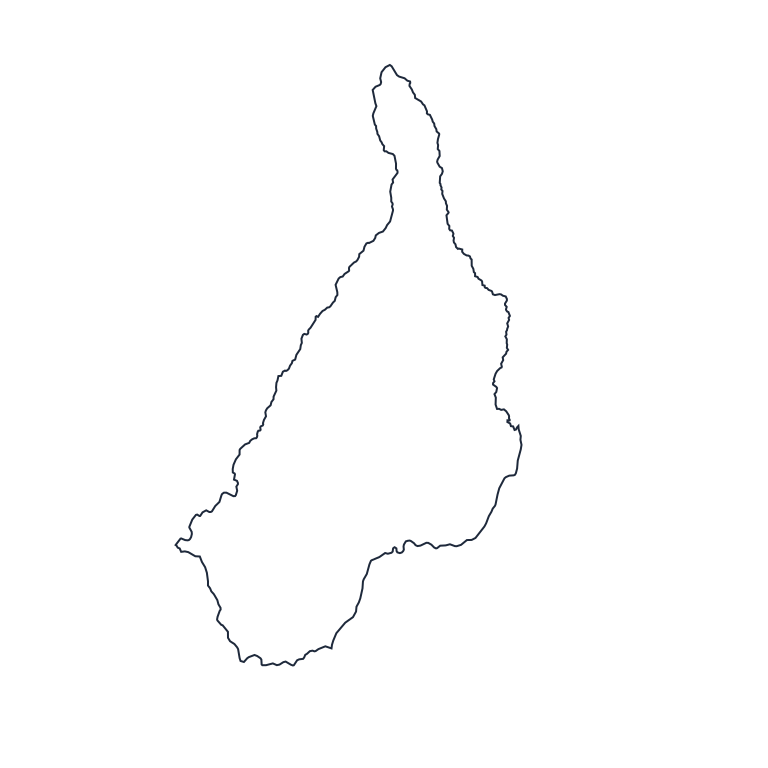 the district of Recetor, Casanare, Colombia, rotated 17°
{"feature_id": "7082276B50018547886325", "entity_name": "Recetor", "entity_type": "district", "adm_level": 2, "iso_a3": "COL", "parent_name": "Colombia", "parent_adm1": "Casanare", "projection": "equal_earth", "projection_center": [-72.771, 5.277], "detail": "fine", "context": "isolated", "style": "outline", "palette": "slate", "viewbox_px": 768, "rotation_deg": 17, "n_neighbors": 0, "source": "geoboundaries", "source_scale": "gbopen_adm2", "svg_char_len": 6145}
<svg xmlns="http://www.w3.org/2000/svg" viewBox="0 0 768 768"><g transform="rotate(17 384 384)"><path d="M291.0,92.8L293.0,96.1L293.1,98.1L292.5,99.3L289.0,102.2L287.2,106.1L293.7,118.1L295.5,120.5L294.7,128.3L294.9,130.9L299.4,138.6L301.0,139.6L301.8,142.0L303.9,144.9L304.6,146.7L306.9,148.5L309.2,152.2L311.1,153.6L312.3,155.1L314.6,156.5L315.4,160.5L316.6,161.3L318.3,160.8L320.7,161.7L325.2,161.5L327.3,162.7L331.1,169.8L332.5,174.6L333.2,175.5L334.2,175.8L334.8,176.8L335.2,178.2L332.4,185.9L333.8,188.7L332.9,191.0L333.7,198.2L336.5,203.8L337.6,207.4L339.3,208.7L339.8,209.8L339.7,211.9L341.5,214.3L341.9,215.6L342.3,226.8L340.5,231.1L340.0,234.4L338.4,238.5L335.0,241.0L332.7,244.3L332.9,246.9L332.0,250.2L328.4,253.6L327.5,253.6L326.1,254.7L325.2,258.4L325.4,262.5L322.4,267.0L323.0,269.6L322.4,273.0L321.6,274.9L319.8,276.6L316.7,282.1L316.6,283.3L317.5,285.8L317.2,286.6L314.1,290.3L313.1,293.3L311.0,294.5L309.8,296.4L308.7,303.3L312.5,309.8L313.4,312.5L312.4,315.1L312.6,318.9L311.4,321.0L310.0,325.4L309.1,326.7L307.4,327.5L305.7,330.4L303.9,332.1L302.3,335.6L301.3,339.1L299.6,338.8L299.0,339.6L299.8,342.7L297.3,351.7L296.1,354.0L295.9,355.2L296.6,357.1L296.5,358.2L295.6,359.3L293.1,359.4L292.1,360.7L291.8,364.8L293.4,368.7L293.1,371.2L293.7,375.1L291.7,381.7L291.9,386.6L289.7,388.6L289.8,391.1L288.8,393.9L288.6,397.1L287.6,399.1L286.4,400.2L285.4,400.1L283.7,401.8L283.4,406.2L280.7,407.3L281.1,411.8L280.8,414.3L281.7,418.6L283.0,421.8L282.1,428.3L282.8,430.9L281.6,434.1L281.8,437.5L279.4,441.4L278.8,443.8L278.8,445.8L280.6,449.4L279.7,453.4L279.7,456.9L280.3,457.8L280.2,459.1L278.5,460.6L278.3,461.6L279.4,463.9L279.0,464.8L277.5,465.4L277.2,466.6L277.3,469.1L278.0,470.6L278.0,472.3L277.6,473.2L275.8,473.9L274.1,475.4L272.7,477.5L272.3,479.7L268.8,482.4L265.5,488.0L265.2,489.3L266.5,493.7L264.4,499.3L263.7,505.2L264.2,509.6L265.3,512.8L267.4,513.3L267.9,514.0L268.5,519.3L271.7,519.6L273.2,521.3L273.6,522.4L272.8,525.3L274.8,529.0L274.8,533.6L274.4,534.7L272.8,535.3L265.1,534.0L262.7,534.7L261.4,536.4L261.1,537.8L261.1,544.9L258.3,550.0L256.7,556.1L255.8,557.0L254.4,557.5L250.9,556.8L248.0,559.8L246.8,563.9L246.1,564.2L243.5,563.5L242.4,564.2L240.3,569.7L239.6,577.4L239.8,578.2L243.3,581.6L244.1,583.6L244.3,586.8L243.8,589.0L243.0,590.3L242.0,590.9L239.5,591.4L235.2,591.0L234.6,591.4L231.8,598.9L232.8,599.2L234.6,600.8L236.7,601.0L239.1,603.8L242.5,602.3L246.0,602.0L253.9,603.9L258.3,602.8L261.9,607.4L266.5,611.5L269.8,616.3L273.4,624.2L274.6,628.2L277.4,630.2L279.5,632.8L282.7,634.7L287.8,639.4L290.1,643.1L293.1,645.8L293.7,647.5L293.2,649.1L292.9,655.3L293.2,657.9L293.8,658.8L298.8,661.9L300.2,661.9L307.2,666.6L309.0,672.3L312.0,675.0L317.0,676.4L320.6,678.8L322.0,680.2L326.1,688.4L327.8,690.8L331.3,690.8L333.4,686.2L334.6,684.7L339.4,681.0L342.3,681.2L346.1,682.4L347.3,683.4L349.0,688.0L349.9,688.5L353.4,687.4L359.4,683.7L363.7,684.2L366.1,682.9L369.1,679.4L371.1,678.2L377.2,679.7L379.2,679.8L380.0,679.3L381.7,673.6L383.4,672.1L387.0,670.5L387.6,668.9L387.9,666.0L389.2,664.6L391.2,661.2L393.6,659.9L395.6,660.0L396.7,659.4L398.8,656.7L404.6,652.0L411.1,652.2L410.5,648.6L410.5,644.1L411.3,636.2L416.7,623.6L422.5,616.0L423.8,609.8L422.8,605.0L423.8,600.2L424.0,595.9L423.2,585.8L421.6,578.9L421.7,576.7L423.1,570.7L422.8,560.8L423.2,556.9L423.7,556.2L430.2,550.8L434.5,545.3L437.3,545.2L440.5,543.2L441.3,541.7L440.8,538.9L441.0,538.0L441.9,537.0L443.9,537.6L444.9,540.1L446.0,541.1L448.6,541.1L450.3,539.9L451.2,538.2L451.4,536.6L450.2,533.7L450.0,531.7L450.9,528.1L452.7,526.9L454.4,526.2L455.7,526.3L459.3,527.5L461.3,528.9L463.4,529.2L466.1,527.9L470.9,523.5L472.7,523.0L476.3,523.8L479.8,525.7L481.8,526.0L482.8,525.4L485.0,522.2L490.2,520.3L493.9,518.0L499.2,518.3L500.9,517.9L504.7,515.3L508.9,509.0L513.4,507.5L516.5,504.5L521.7,490.9L522.4,487.4L522.9,479.7L524.1,474.7L524.4,471.4L525.7,468.2L525.9,466.7L524.9,456.5L524.7,450.0L526.8,438.9L527.8,437.4L530.6,435.0L534.8,433.4L535.8,432.5L536.2,430.7L536.0,425.9L534.3,418.1L533.9,406.5L533.3,402.0L530.8,397.5L530.0,393.7L526.0,387.9L524.8,384.8L523.9,386.6L523.5,389.0L522.3,389.8L519.9,386.8L517.7,387.2L516.2,384.9L513.1,384.3L512.7,382.6L514.7,382.2L514.8,381.7L513.5,380.2L513.1,378.4L512.5,377.4L508.9,374.4L506.1,373.2L503.6,374.5L501.4,374.1L499.4,374.8L496.7,371.0L494.9,364.3L492.6,361.4L493.7,358.8L493.3,354.8L492.2,353.9L488.5,352.7L488.2,352.1L488.1,350.9L488.9,349.2L487.6,347.5L487.7,341.5L488.4,338.5L490.4,334.9L491.6,333.8L491.6,333.0L490.1,330.4L491.0,326.3L489.7,323.8L491.9,319.3L491.7,317.4L492.7,315.1L490.9,313.5L490.3,310.3L489.4,309.1L488.4,305.3L486.1,303.0L486.7,301.0L485.5,298.3L485.9,296.6L485.7,295.2L485.9,292.7L484.1,290.0L484.9,286.1L483.8,284.4L484.5,282.1L481.9,278.8L480.6,278.7L479.3,277.7L478.8,276.9L478.8,274.4L476.6,273.0L476.2,271.7L477.1,268.3L476.7,266.8L474.8,264.7L471.8,264.8L469.8,264.1L468.2,264.3L464.1,266.5L461.9,266.4L460.3,264.0L459.6,263.6L456.5,263.4L454.6,262.2L452.8,262.4L452.0,261.9L451.5,260.5L449.2,260.6L447.8,257.2L446.9,256.5L443.6,255.7L442.2,254.3L439.6,254.3L438.7,251.4L437.2,250.7L435.8,247.8L433.3,245.3L431.4,239.3L430.1,238.7L428.9,236.9L427.3,236.5L425.4,236.9L422.3,236.2L420.1,234.7L419.5,232.5L415.9,232.6L415.2,233.2L412.9,232.0L411.5,229.5L409.5,228.2L408.6,226.5L408.2,223.7L406.5,222.3L406.5,220.1L406.0,219.4L404.1,217.4L402.3,217.7L401.0,216.6L400.3,213.8L398.0,212.2L394.4,204.4L395.6,201.6L395.6,200.9L393.1,198.9L392.2,195.2L390.4,193.1L389.7,191.2L387.2,189.1L384.1,185.2L383.5,182.3L381.9,181.2L381.6,179.3L379.8,177.3L379.6,176.3L378.5,175.4L377.0,169.0L378.0,166.0L378.0,163.4L376.3,160.6L373.7,159.9L370.3,156.7L369.8,155.8L369.7,153.7L370.6,149.7L368.9,145.0L366.7,143.6L365.9,139.7L364.6,137.8L364.0,134.1L363.9,129.4L363.5,128.4L360.5,127.1L359.5,125.0L356.9,122.6L355.8,120.2L353.9,118.9L352.8,117.1L349.2,113.2L347.1,113.3L345.9,112.7L345.4,110.7L341.2,105.7L339.6,105.2L336.9,103.0L330.2,101.4L328.9,98.4L326.5,96.7L324.5,94.2L321.2,91.5L320.8,89.6L321.1,88.4L320.5,87.1L317.6,87.1L314.3,85.6L308.6,85.6L306.1,84.8L298.4,77.9L296.3,77.2L292.8,80.6L290.5,86.5L291.0,92.8Z" fill="none" stroke="#1e293b" stroke-width="2"/></g></svg>